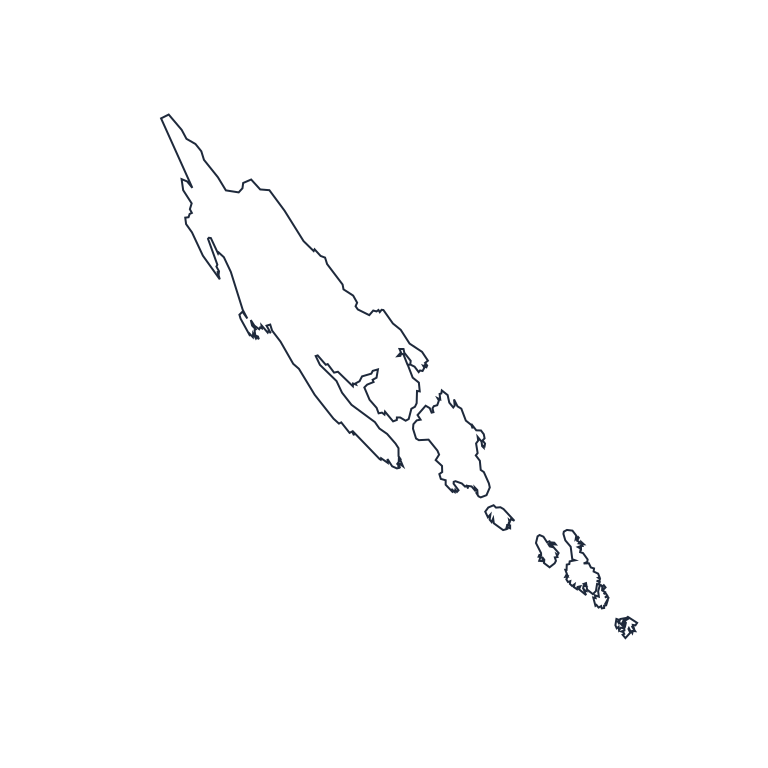 Askvoll nor, Sogn og Fjordane, Norway, rotated 238°
{"feature_id": "86288312B32892511897079", "entity_name": "Askvoll nor", "entity_type": "district", "adm_level": 2, "iso_a3": "NOR", "parent_name": "Norway", "parent_adm1": "Sogn og Fjordane", "projection": "equal_earth", "projection_center": [4.992, 61.38], "detail": "fine", "context": "isolated", "style": "outline", "palette": "slate", "viewbox_px": 768, "rotation_deg": 238, "n_neighbors": 0, "source": "geoboundaries", "source_scale": "gbopen_adm2", "svg_char_len": 6082}
<svg xmlns="http://www.w3.org/2000/svg" viewBox="0 0 768 768"><g transform="rotate(238 384 384)"><path d="M727.4,335.7L651.9,325.4L660.1,324.4L665.0,320.9L654.8,316.4L639.1,316.6L635.1,312.0L630.9,311.7L631.2,309.3L629.0,306.6L630.4,303.6L624.5,300.9L614.3,301.5L588.8,298.4L559.8,300.2L567.9,302.5L565.9,302.9L567.0,303.8L572.4,304.1L573.5,305.9L600.4,311.7L600.8,313.0L599.5,314.5L582.5,312.4L583.2,313.5L576.4,315.4L560.2,313.5L521.8,303.5L512.0,302.8L520.3,302.3L519.4,298.1L515.5,297.0L495.7,295.9L497.2,296.8L493.2,297.6L496.2,299.8L490.4,299.5L491.1,301.0L488.3,301.6L491.0,302.3L493.4,300.6L498.2,302.7L498.3,304.2L503.4,303.1L508.8,304.9L502.2,305.0L496.6,307.2L497.6,309.0L496.0,309.9L498.7,311.2L489.2,312.6L490.3,314.3L487.1,314.9L495.7,315.3L494.7,319.0L488.6,317.4L474.8,318.7L449.2,317.7L442.0,319.9L411.6,319.5L381.4,322.8L374.3,324.8L374.1,327.4L360.8,328.9L360.6,331.8L356.4,331.3L359.0,332.8L322.7,340.5L321.5,341.1L322.6,342.2L315.1,345.4L318.5,347.2L309.9,347.3L305.6,350.2L304.9,352.2L307.3,352.7L304.1,353.0L308.7,354.2L308.0,353.1L309.2,352.9L309.8,354.4L304.3,356.5L309.7,357.4L311.0,355.8L312.9,357.1L310.5,358.2L315.1,358.1L321.9,362.3L327.4,362.2L340.0,360.2L348.7,356.5L356.5,356.1L383.6,345.4L398.9,343.8L411.7,345.3L434.2,339.8L443.9,340.9L443.4,342.9L431.2,344.8L430.7,346.8L420.1,347.7L418.8,351.4L398.6,356.4L400.8,358.0L398.4,359.9L399.6,360.0L399.3,364.7L402.1,369.4L399.5,378.7L401.1,381.4L399.6,386.6L393.3,381.0L393.6,376.6L391.2,376.2L392.4,369.4L391.5,365.5L378.3,363.4L367.7,365.1L362.0,363.9L360.8,367.1L357.8,368.2L360.0,370.2L347.5,371.9L346.7,375.8L348.8,377.2L347.0,380.0L341.4,382.9L341.2,386.4L348.5,394.1L348.3,398.2L350.4,401.5L360.6,408.3L358.8,410.4L366.7,414.3L374.2,411.7L387.2,414.2L386.8,415.8L388.1,414.2L398.9,416.2L400.7,414.8L399.2,412.8L400.4,410.3L401.8,415.1L405.5,415.7L403.3,419.1L399.8,417.8L389.5,418.9L386.6,416.6L382.5,419.1L375.7,419.7L376.4,421.7L374.6,423.6L376.4,426.8L378.5,426.9L376.9,428.0L379.2,428.2L376.0,429.2L376.8,430.4L380.1,430.0L380.5,433.6L391.1,433.3L404.7,427.1L421.1,426.9L430.6,423.6L447.0,422.7L448.2,421.3L447.2,418.5L449.7,418.5L449.5,416.1L452.0,413.8L450.2,408.0L461.1,401.3L465.0,401.1L467.2,404.3L475.3,404.7L485.7,399.8L490.3,401.6L515.9,399.3L522.4,401.0L526.2,398.1L535.0,396.5L534.0,394.8L547.8,391.5L583.7,391.5L609.1,389.5L614.6,382.1L627.8,379.7L629.1,371.1L625.0,367.7L623.5,362.3L632.0,352.5L647.3,352.7L669.5,350.1L678.2,352.4L687.4,351.3L696.6,346.4L706.7,347.1L726.6,344.2L727.4,335.7ZM273.4,381.9L269.7,385.3L265.9,382.9L255.3,385.1L259.3,385.6L254.8,386.8L256.5,388.4L253.8,388.7L254.4,390.9L262.6,390.2L264.1,391.3L263.7,393.1L258.4,397.3L254.0,398.4L254.0,400.1L250.8,399.9L253.3,400.9L250.7,404.0L244.4,404.9L248.0,406.2L244.6,406.9L241.0,405.0L243.6,404.6L238.7,404.6L236.6,405.9L235.4,412.0L240.2,418.9L244.2,420.3L256.4,422.0L259.9,420.5L268.1,424.6L274.8,424.0L275.8,426.8L284.8,430.6L286.1,433.9L289.5,435.4L283.5,436.2L279.3,434.3L277.2,434.8L278.7,435.6L277.8,436.2L279.9,438.1L283.9,437.7L284.6,440.5L288.5,442.0L293.2,441.6L295.8,437.7L301.7,437.1L299.4,435.6L302.8,436.4L309.6,434.0L322.1,436.5L326.1,434.5L333.8,435.2L328.2,432.5L327.4,430.3L333.6,429.5L340.9,432.1L347.9,429.6L345.6,427.6L346.1,425.9L341.1,423.5L343.6,421.9L340.9,421.8L337.8,417.9L338.8,414.5L337.6,412.2L333.9,411.0L334.5,409.2L339.3,410.0L343.5,407.8L339.9,396.0L334.4,396.1L335.8,392.5L334.3,387.6L330.7,384.9L320.8,382.3L317.9,383.8L313.2,392.3L299.2,394.0L294.9,393.3L292.1,387.5L283.8,389.8L278.5,386.7L278.3,383.2L273.4,381.9ZM116.0,435.7L113.0,436.5L113.2,439.5L111.1,437.4L107.7,438.9L109.3,440.6L108.4,443.3L106.6,440.6L97.9,443.5L102.6,444.3L101.7,445.3L105.1,444.5L106.9,446.1L105.7,448.2L108.6,447.4L108.1,449.8L102.0,447.3L95.1,449.8L96.1,454.0L101.5,458.7L100.3,459.8L101.7,462.0L104.3,460.0L103.0,462.4L104.3,463.9L106.2,463.0L105.9,464.4L109.7,465.1L113.9,462.4L116.3,464.4L118.8,462.2L123.4,462.7L126.0,458.2L125.4,462.1L127.3,463.7L135.1,463.2L137.5,461.2L140.1,463.6L142.9,462.1L142.4,464.3L140.8,464.3L142.3,465.2L141.5,466.5L143.4,466.7L142.2,468.5L145.5,467.6L143.8,466.7L145.6,464.7L146.2,466.1L148.8,464.7L150.4,467.7L151.5,467.5L150.9,464.4L153.5,466.7L159.8,466.1L163.3,461.8L163.5,458.3L161.8,456.7L155.3,454.9L147.1,456.1L135.6,450.8L133.2,452.7L135.2,447.5L133.1,445.7L134.0,443.3L129.6,440.3L130.3,439.3L123.9,438.0L125.3,437.2L124.4,435.6L123.5,437.8L121.7,435.1L118.6,435.1L118.1,437.5L116.0,435.7ZM151.8,421.9L149.5,424.9L153.5,426.4L150.0,426.8L147.4,424.8L140.8,427.3L141.5,433.7L142.9,436.1L146.4,437.0L145.3,439.4L148.2,440.1L147.0,440.6L148.1,442.5L157.7,441.0L159.0,441.8L156.9,444.6L159.2,444.3L160.7,442.3L157.7,440.7L159.5,439.4L157.1,439.8L158.4,438.5L161.1,438.5L160.6,440.8L162.9,441.0L163.4,438.4L170.0,438.3L173.5,435.9L173.4,433.5L168.6,428.6L157.4,427.6L155.5,426.5L156.7,425.2L155.6,423.6L154.4,425.1L151.8,421.9ZM213.0,401.7L209.9,402.1L212.1,405.3L207.7,403.3L197.0,407.6L196.1,410.5L197.2,411.7L195.1,411.5L197.3,412.7L194.8,414.5L197.2,416.0L199.3,413.0L199.0,415.8L200.9,416.8L199.2,416.8L202.3,418.0L201.0,418.3L202.1,420.0L198.9,422.1L214.6,419.1L217.8,417.4L219.8,413.5L223.1,412.7L224.0,407.0L222.1,402.2L215.9,401.5L216.9,405.0L213.0,401.7ZM56.8,452.4L53.5,451.9L53.8,454.3L50.7,452.9L51.8,455.8L49.3,458.2L47.6,457.3L48.3,454.2L46.7,455.5L44.8,455.3L44.9,453.5L40.6,454.1L42.6,461.1L46.7,461.5L47.2,462.3L41.8,461.8L44.3,462.6L41.2,462.6L42.7,464.1L41.3,466.0L47.5,465.8L45.6,466.8L47.8,467.4L46.1,469.3L47.3,472.1L57.3,467.4L57.0,464.6L55.5,466.6L55.6,462.2L53.4,462.6L49.8,459.1L55.2,462.0L51.9,458.4L56.2,457.4L54.5,458.7L57.9,463.8L59.5,459.8L56.9,456.4L59.3,456.4L58.1,457.0L59.2,458.5L61.6,456.6L56.8,452.4ZM92.0,448.3L83.9,445.8L84.1,447.1L80.7,447.5L80.6,450.5L78.3,449.8L77.4,452.0L79.3,453.1L78.6,455.1L81.4,458.4L81.6,457.6L80.5,455.8L80.6,455.6L83.7,461.1L85.4,461.0L85.8,458.2L86.3,461.2L89.5,461.1L89.3,459.0L90.4,461.2L93.4,459.6L96.2,461.6L93.5,461.6L94.1,464.1L96.9,463.8L96.5,461.8L99.3,460.8L94.8,455.8L89.8,453.5L93.0,450.9L90.3,450.0L92.0,448.3Z" fill="none" stroke="#1e293b" stroke-width="2"/></g></svg>